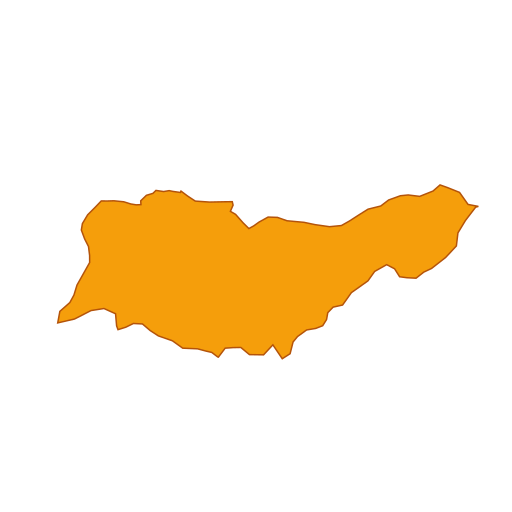 Platanisteia, Limassol, Cyprus, rotated 302°
{"feature_id": "46923920B24225105441994", "entity_name": "Platanisteia", "entity_type": "district", "adm_level": 2, "iso_a3": "CYP", "parent_name": "Cyprus", "parent_adm1": "Limassol", "projection": "natural_earth1", "projection_center": [32.714, 34.708], "detail": "fine", "context": "isolated", "style": "filled", "palette": "amber", "viewbox_px": 512, "rotation_deg": 302, "n_neighbors": 0, "source": "geoboundaries", "source_scale": "gbopen_adm2", "svg_char_len": 1545}
<svg xmlns="http://www.w3.org/2000/svg" viewBox="0 0 512 512"><g transform="rotate(302 256 256)"><path d="M415.9,418.3L412.1,408.5L417.8,394.9L415.5,382.1L413.8,374.4L404.9,371.7L393.3,363.2L388.4,352.7L383.6,346.5L378.1,342.2L373.8,338.8L364.5,335.3L355.1,326.2L345.2,321.4L335.0,316.6L327.1,312.3L319.8,302.8L313.9,289.5L310.0,278.9L302.3,263.6L300.1,253.7L295.4,245.6L286.4,240.6L280.3,238.1L275.5,235.4L277.3,227.4L280.5,216.6L280.3,210.6L287.0,209.6L289.5,207.1L284.8,199.8L277.1,188.0L270.4,175.4L270.6,166.3L271.3,158.0L269.8,158.2L266.7,151.2L265.4,147.7L261.7,143.5L258.6,136.4L254.5,135.4L249.4,130.9L241.7,129.0L238.6,131.2L235.9,127.3L233.8,122.3L231.9,115.1L227.5,106.2L223.8,100.7L220.7,95.6L212.1,93.8L201.7,91.4L191.5,91.6L185.5,94.1L179.7,101.6L175.3,108.9L168.3,114.6L162.3,118.4L147.4,119.1L136.5,119.6L126.4,122.3L117.9,122.8L105.1,119.0L94.2,123.3L106.4,135.5L122.3,145.0L130.9,154.9L132.6,167.5L122.9,174.8L120.4,178.0L126.6,183.3L133.8,187.8L138.2,195.7L136.7,205.8L136.5,215.5L139.8,230.1L139.0,242.7L146.3,255.6L148.9,264.1L150.8,269.6L150.1,277.0L150.3,277.7L161.5,278.7L166.1,285.0L170.4,291.6L168.9,302.7L176.2,314.8L189.6,317.4L182.8,332.7L191.2,336.7L202.7,333.0L209.7,333.9L220.1,338.1L226.2,345.0L232.2,349.5L239.5,349.5L246.0,346.9L253.5,348.5L260.3,355.4L275.5,356.3L294.2,364.1L305.8,364.8L317.9,371.4L318.6,380.3L314.5,388.8L317.5,395.4L322.0,403.5L331.2,406.8L338.5,411.5L355.3,417.6L370.7,420.6L382.6,415.0L397.2,414.8L413.8,416.4L415.9,418.3Z" fill="#f59e0b" stroke="#b45309" stroke-width="1.5"/></g></svg>